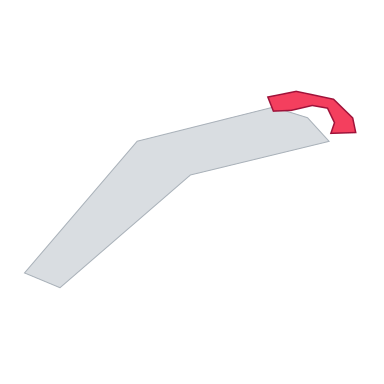 Southampton highlighted on a map of Bermuda, rotated 190°
{"feature_id": "BMU-5143", "entity_name": "Southampton", "entity_type": "state/province", "adm_level": 1, "iso_a3": "BMU", "parent_name": "Bermuda", "parent_adm1": "", "projection": "albers", "projection_center": [-64.851, 32.259], "detail": "fine", "context": "in_parent", "style": "filled", "palette": "rose", "viewbox_px": 384, "rotation_deg": 190, "n_neighbors": 0, "source": "natural_earth", "source_scale": "10m", "svg_char_len": 472}
<svg xmlns="http://www.w3.org/2000/svg" viewBox="0 0 384 384"><g transform="rotate(190 192 192)"><path d="M254.8,232.5L126.7,289.7L91.1,285.2L65.8,265.7L196.5,208.5L305.4,74.8L342.9,83.2L254.8,232.5Z" fill="#d9dde1" stroke="#a8b0b8" stroke-width="1"/><path d="M65.4,273.9L63.7,285.0L73.1,298.1L88.6,298.1L108.5,289.6L125.9,285.8L133.8,298.7L106.9,309.2L85.3,308.5L68.7,307.9L46.6,292.8L41.1,279.0L65.4,273.9Z" fill="#f43f5e" stroke="#9f1239" stroke-width="1.5"/></g></svg>